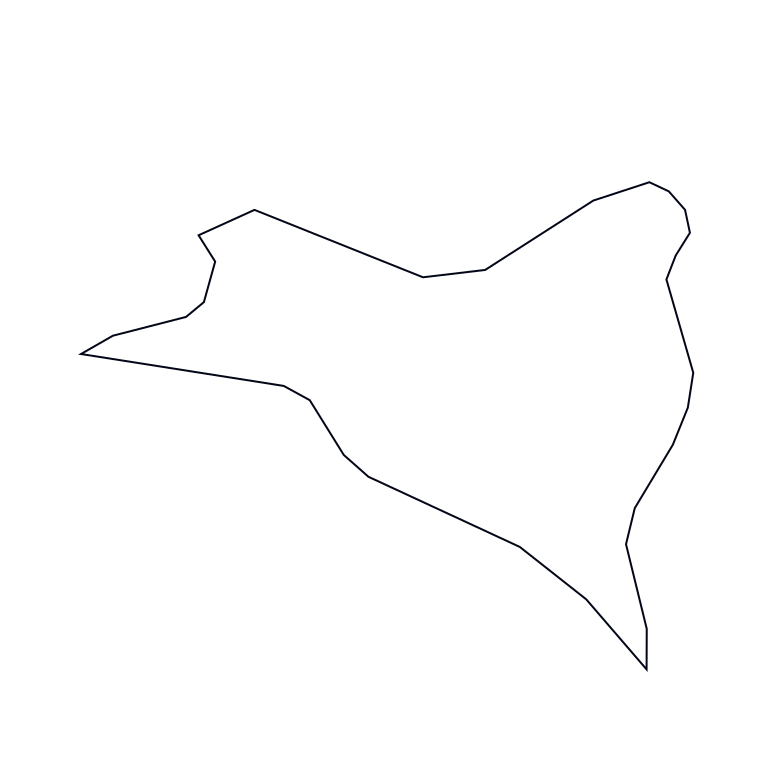 the border of Seine-Saint-Denis, rotated 9°
{"feature_id": "FRA-5344", "entity_name": "Seine-Saint-Denis", "entity_type": "Metropolitan department", "adm_level": 1, "iso_a3": "FRA", "parent_name": "France", "parent_adm1": "", "projection": "natural_earth1", "projection_center": [2.47, 48.909], "detail": "fine", "context": "isolated", "style": "outline", "palette": "ink", "viewbox_px": 768, "rotation_deg": 9, "n_neighbors": 0, "source": "natural_earth", "source_scale": "10m", "svg_char_len": 546}
<svg xmlns="http://www.w3.org/2000/svg" viewBox="0 0 768 768"><g transform="rotate(9 384 384)"><path d="M80.0,401.8L108.7,378.7L178.0,348.7L193.3,331.3L198.1,289.5L177.6,266.1L228.8,232.3L405.8,272.5L466.1,255.5L562.0,170.1L614.5,143.2L635.2,149.2L654.1,164.9L662.5,186.8L652.0,211.5L646.6,236.6L687.7,324.5L687.8,359.8L678.8,398.8L651.1,467.4L648.1,504.4L681.8,584.7L688.0,624.8L617.5,565.1L543.6,523.7L466.3,501.7L465.9,501.6L383.2,478.1L355.4,460.4L313.2,411.6L285.3,401.6L80.0,401.8Z" fill="none" stroke="#020617" stroke-width="2"/></g></svg>